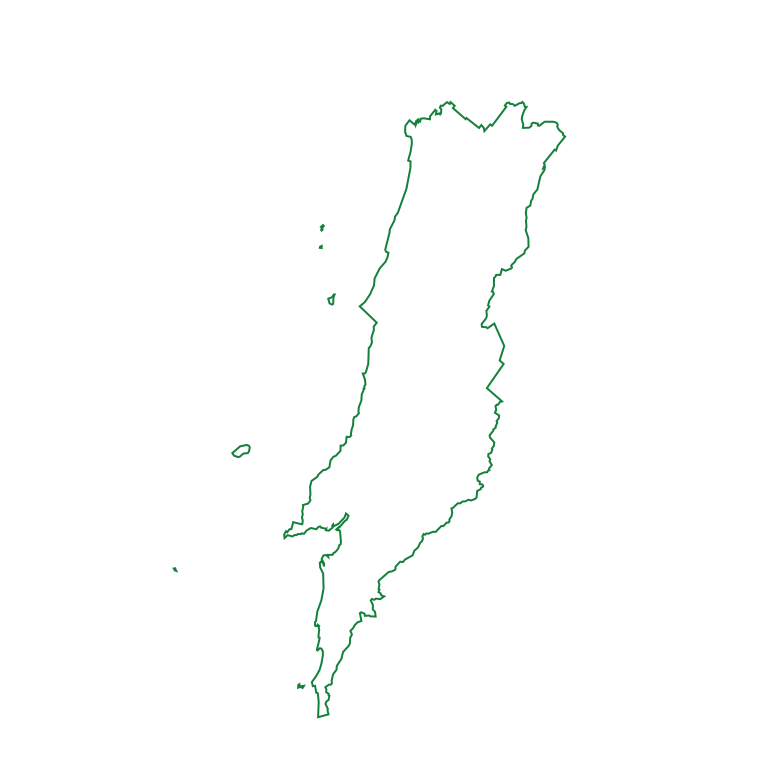 Cairns, Queensland, Australia (Equal Earth projection), rotated 214°
{"feature_id": "25037944B34353436415485", "entity_name": "Cairns", "entity_type": "district", "adm_level": 2, "iso_a3": "AUS", "parent_name": "Australia", "parent_adm1": "Queensland", "projection": "equal_earth", "projection_center": [145.798, -17.106], "detail": "fine", "context": "isolated", "style": "outline", "palette": "green", "viewbox_px": 768, "rotation_deg": 214, "n_neighbors": 0, "source": "geoboundaries", "source_scale": "gbopen_adm2", "svg_char_len": 6131}
<svg xmlns="http://www.w3.org/2000/svg" viewBox="0 0 768 768"><g transform="rotate(214 384 384)"><path d="M248.4,371.6L249.7,372.6L249.3,377.2L253.2,378.8L253.8,381.0L257.1,382.2L258.3,384.3L256.7,386.8L257.4,390.1L258.5,390.7L258.4,394.3L260.0,397.3L266.1,398.8L267.7,400.4L267.3,406.6L267.9,407.3L267.0,410.3L267.7,411.2L268.4,415.2L269.9,416.2L269.7,420.0L271.0,422.3L276.0,422.2L276.5,425.3L279.2,427.9L279.0,429.9L278.1,430.2L277.8,431.4L277.9,433.8L276.4,435.6L296.4,438.1L296.0,467.5L301.3,468.2L305.6,482.8L326.4,495.8L329.3,488.1L330.8,488.3L334.8,486.2L336.6,488.3L336.1,495.7L337.0,498.3L340.0,501.8L339.9,507.1L341.7,507.4L343.2,511.8L343.3,520.1L345.1,521.3L346.3,521.0L347.6,526.6L352.1,533.4L351.6,535.2L352.0,537.2L348.6,539.5L350.5,545.2L346.4,546.0L343.0,551.2L343.2,552.4L344.6,553.0L344.8,554.3L343.9,557.5L344.1,562.0L340.7,570.8L341.8,573.4L340.9,578.6L345.8,585.5L352.7,590.9L353.6,593.7L357.7,598.9L358.7,601.5L362.0,605.0L364.3,609.8L362.5,613.7L364.4,618.0L364.5,620.7L366.2,624.7L365.6,631.0L370.5,643.6L370.6,650.9L371.7,653.4L372.6,651.8L373.4,655.6L375.0,656.6L373.6,673.7L371.9,673.8L373.2,678.8L372.2,690.3L374.8,690.6L375.9,692.0L381.0,692.5L384.3,694.2L385.0,696.2L386.9,697.1L390.3,696.1L397.5,691.2L399.6,685.0L400.9,684.4L402.0,685.9L406.2,684.2L407.2,682.6L406.1,680.2L407.0,677.6L412.1,674.0L413.6,676.9L418.0,680.7L419.4,683.9L420.7,689.3L420.8,693.4L422.3,692.6L424.9,694.8L427.0,695.2L427.3,693.6L428.6,692.7L431.2,687.7L433.2,688.2L436.4,686.7L437.6,687.3L439.3,685.6L439.5,682.4L437.6,682.2L438.8,658.5L441.1,658.7L442.2,649.8L444.4,652.1L448.1,653.1L448.4,649.4L464.3,650.6L464.4,649.2L481.2,651.3L481.0,654.2L486.5,654.9L486.1,652.9L489.4,652.9L491.0,647.2L492.6,646.5L492.2,644.3L490.3,644.0L488.5,641.1L487.8,638.2L489.0,639.8L491.7,636.5L493.1,639.7L494.8,640.0L495.5,631.7L494.0,629.1L499.5,626.6L502.0,624.4L500.8,621.8L501.8,621.6L501.8,620.4L502.5,620.8L502.0,622.4L503.6,622.1L503.0,620.4L503.7,620.3L504.0,621.3L504.4,620.2L503.8,619.9L504.0,618.3L502.9,618.7L502.5,616.6L503.1,617.3L503.8,616.1L510.3,616.9L510.7,610.1L507.6,604.9L504.0,602.2L500.1,603.8L497.7,602.1L495.3,598.8L491.8,591.3L488.9,582.7L486.5,583.4L482.9,577.9L474.6,558.4L468.3,533.8L468.4,528.9L466.8,525.3L465.6,515.2L464.3,513.2L458.1,496.1L456.4,494.8L453.7,495.3L451.9,490.7L451.1,486.3L452.2,477.5L450.8,466.2L447.4,460.2L445.7,450.2L445.7,441.1L447.5,434.8L424.3,430.8L424.6,425.8L422.6,423.1L420.3,415.4L417.2,411.7L416.3,407.2L416.8,405.4L408.3,391.9L405.6,383.6L405.9,381.9L407.4,380.8L402.3,377.1L399.1,373.3L399.0,370.9L397.8,369.5L398.3,368.8L397.7,368.5L396.6,362.9L393.5,357.6L391.9,350.7L389.7,346.7L388.5,345.8L388.9,341.6L390.2,340.0L389.6,337.5L386.4,332.2L385.5,328.4L383.4,323.9L382.4,323.1L382.8,320.9L385.5,319.3L382.7,314.2L383.3,310.4L385.5,308.6L382.7,304.2L383.8,297.5L385.3,295.3L385.6,290.7L382.7,284.4L384.5,280.0L386.1,279.0L387.8,272.2L387.4,269.7L389.9,263.1L387.9,257.6L383.1,251.1L382.0,248.2L379.9,246.3L380.1,242.4L383.5,238.3L382.0,236.6L380.8,233.0L378.5,230.5L377.1,227.0L375.4,225.9L373.5,222.6L373.5,221.8L382.0,218.7L379.6,211.8L381.1,210.8L381.3,207.0L382.9,207.2L382.5,203.2L380.3,200.7L379.4,204.7L374.6,206.5L373.5,209.0L372.0,209.8L371.5,211.5L369.0,213.0L368.6,214.3L366.6,215.0L366.2,219.4L364.1,223.7L358.9,225.8L358.5,228.8L357.1,230.3L356.0,229.7L351.1,231.6L350.8,230.2L350.7,231.0L350.4,230.3L347.8,231.5L346.3,236.3L347.7,237.6L347.6,239.2L346.3,237.8L343.5,242.7L342.1,251.2L343.1,255.4L339.7,254.9L339.0,250.7L339.9,248.4L340.8,240.5L341.4,240.6L342.2,236.6L340.9,236.6L340.1,237.8L338.2,237.5L331.4,229.0L330.3,226.7L330.9,225.6L329.9,221.6L330.4,217.3L331.3,215.8L331.1,213.7L335.0,210.9L333.5,209.4L336.4,209.8L338.4,207.9L337.8,204.0L333.3,201.7L331.7,199.2L334.3,201.5L336.7,201.5L336.7,203.0L337.2,199.8L334.3,196.2L328.5,192.9L319.7,180.6L314.9,169.4L312.0,158.0L307.8,149.4L308.1,148.0L306.3,145.4L305.4,145.0L304.2,146.0L304.4,147.4L302.3,147.1L302.2,145.9L300.3,144.0L297.2,138.0L296.5,137.3L295.6,137.7L294.8,136.3L290.9,125.9L290.1,125.9L289.4,129.1L287.9,129.6L285.3,128.2L283.0,125.0L279.4,116.9L277.5,110.8L276.9,104.3L277.1,96.5L274.0,93.7L272.4,95.2L267.5,90.2L266.2,90.7L265.2,89.8L260.3,83.8L252.3,70.9L245.3,79.1L248.4,81.9L248.8,83.2L253.6,86.0L254.2,88.4L253.3,91.0L254.9,95.0L256.0,95.0L256.5,96.2L259.6,96.2L261.0,98.6L263.1,99.8L261.5,104.0L260.0,104.9L259.7,106.6L261.6,109.0L263.9,115.0L263.6,120.6L265.5,123.9L265.6,132.2L268.1,138.9L266.8,147.5L267.3,150.1L270.1,154.7L270.5,158.4L273.8,160.5L273.1,164.3L273.4,168.1L272.6,171.8L270.2,174.9L275.8,180.5L275.3,182.0L271.7,182.7L270.2,181.1L266.7,183.9L265.7,183.6L260.9,186.5L263.9,190.0L267.3,190.9L269.6,194.6L273.9,197.1L273.9,198.9L271.4,199.6L270.8,201.5L266.8,203.6L265.1,208.0L268.0,207.3L270.1,208.6L272.2,208.4L272.7,210.9L273.7,210.9L275.7,215.2L278.0,217.0L278.2,218.6L275.0,230.8L272.6,233.1L270.8,236.5L272.3,239.2L271.2,245.7L268.8,247.0L268.4,250.2L264.5,258.0L265.6,262.7L264.4,267.7L265.2,272.4L264.7,274.6L265.2,277.6L267.0,279.2L267.3,281.7L265.7,282.0L265.3,283.8L263.3,284.9L261.1,288.5L258.5,290.3L257.0,298.4L255.3,299.4L254.6,304.1L253.1,305.1L252.9,306.8L254.1,308.4L254.0,311.7L255.3,315.2L258.5,318.7L257.7,319.4L256.1,326.4L254.1,327.7L253.2,330.5L251.1,332.0L249.2,335.3L246.6,336.2L244.1,339.8L243.9,341.8L246.9,347.4L245.0,351.0L245.5,352.0L244.5,354.4L244.9,355.1L246.3,355.7L248.6,354.5L250.1,356.7L252.0,356.2L254.2,358.2L254.7,360.4L254.6,362.1L251.4,366.9L249.1,368.5L249.3,370.3L248.4,371.6ZM468.4,251.9L471.1,241.9L468.3,240.7L463.9,241.9L462.9,243.1L461.7,247.7L458.3,250.5L458.2,252.6L459.8,256.3L461.2,257.3L463.8,256.6L468.4,251.9ZM477.9,423.5L474.2,420.4L471.4,420.8L471.0,422.2L474.3,427.4L475.0,430.6L475.7,430.1L475.5,427.1L477.9,423.5ZM281.6,89.0L283.4,87.3L285.9,86.6L286.4,87.6L286.8,86.7L285.4,84.2L283.8,86.2L281.5,86.5L281.6,89.0ZM522.5,479.1L522.3,481.3L523.5,481.6L524.1,478.9L522.6,478.7L522.3,476.6L521.5,476.3L521.2,477.4L522.5,479.1ZM451.7,112.9L454.2,114.4L455.1,113.5L453.2,112.5L451.7,112.9ZM512.9,463.6L513.8,462.0L513.4,461.0L511.7,461.8L512.9,463.6Z" fill="none" stroke="#15803d" stroke-width="2"/></g></svg>